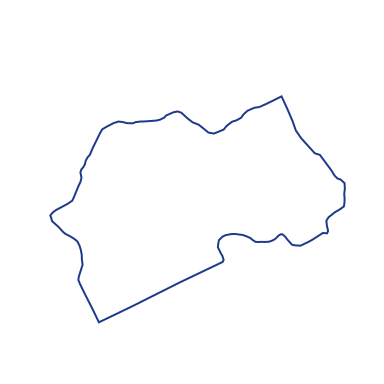 the district of Noya, Estuaire, Gabon, rotated 154°
{"feature_id": "22940354B97736756734811", "entity_name": "Noya", "entity_type": "district", "adm_level": 2, "iso_a3": "GAB", "parent_name": "Gabon", "parent_adm1": "Estuaire", "projection": "mercator", "projection_center": [9.982, 0.76], "detail": "fine", "context": "isolated", "style": "outline", "palette": "blue", "viewbox_px": 384, "rotation_deg": 154, "n_neighbors": 0, "source": "geoboundaries", "source_scale": "gbopen_adm2", "svg_char_len": 1820}
<svg xmlns="http://www.w3.org/2000/svg" viewBox="0 0 384 384"><g transform="rotate(154 192 192)"><path d="M332.8,115.7L297.2,115.5L242.9,116.1L195.1,115.7L193.3,117.2L192.7,121.6L193.0,124.6L192.9,131.1L190.8,134.4L188.9,136.9L184.2,138.5L181.1,138.5L175.5,137.1L171.5,135.3L168.4,133.2L165.3,131.2L162.1,127.9L159.7,125.0L158.7,122.6L156.8,119.4L154.4,118.0L151.5,116.8L148.3,115.1L144.7,113.6L142.0,113.2L138.6,113.2L135.4,114.1L133.4,114.9L130.9,115.1L129.2,114.3L127.8,110.9L127.1,107.3L125.2,100.7L122.5,98.7L118.0,96.2L109.9,96.1L105.0,96.3L99.2,97.0L92.4,97.8L88.7,95.7L86.7,97.4L85.7,102.0L83.9,107.2L80.4,109.4L72.8,111.1L66.5,111.6L61.9,112.4L59.8,115.3L57.8,119.0L56.0,123.6L53.2,127.9L51.0,133.1L53.0,138.1L55.4,140.5L56.7,144.4L57.3,150.6L59.1,160.3L60.8,169.3L64.7,173.0L70.3,192.4L71.7,201.8L70.5,212.2L69.9,224.8L69.6,238.7L86.9,238.6L94.4,238.9L99.0,240.4L106.5,240.7L111.6,239.2L115.4,237.2L120.5,236.9L125.1,237.6L131.6,236.3L136.3,234.2L146.6,234.9L151.2,238.2L153.4,243.1L156.5,249.6L160.8,254.2L163.5,259.6L165.2,263.8L166.8,267.9L169.6,270.7L173.8,271.8L181.5,272.1L181.8,272.1L184.4,271.0L188.9,271.0L192.9,271.9L199.7,274.6L203.4,276.1L207.9,278.1L212.0,279.5L215.1,279.7L220.1,282.3L223.7,285.3L227.1,287.5L232.1,288.3L240.3,288.1L245.2,287.7L248.6,285.4L262.0,275.0L267.5,270.2L270.7,268.9L273.7,266.8L276.3,263.7L278.6,262.1L281.7,260.7L283.7,258.5L284.5,255.6L285.1,253.2L287.9,249.9L291.2,247.3L296.4,242.7L299.8,239.6L303.4,236.7L308.8,235.9L321.8,235.4L325.9,234.7L329.6,233.1L330.5,226.9L329.4,224.3L327.1,218.6L325.5,212.9L324.1,209.8L320.5,205.0L318.1,201.0L316.7,197.8L316.6,193.2L317.3,188.7L318.6,184.0L320.7,179.2L322.2,174.6L324.1,172.6L326.7,169.9L330.8,165.6L332.7,162.8L333.0,158.9L333.0,148.6L332.7,128.3L332.8,115.7Z" fill="none" stroke="#1e3a8a" stroke-width="2"/></g></svg>